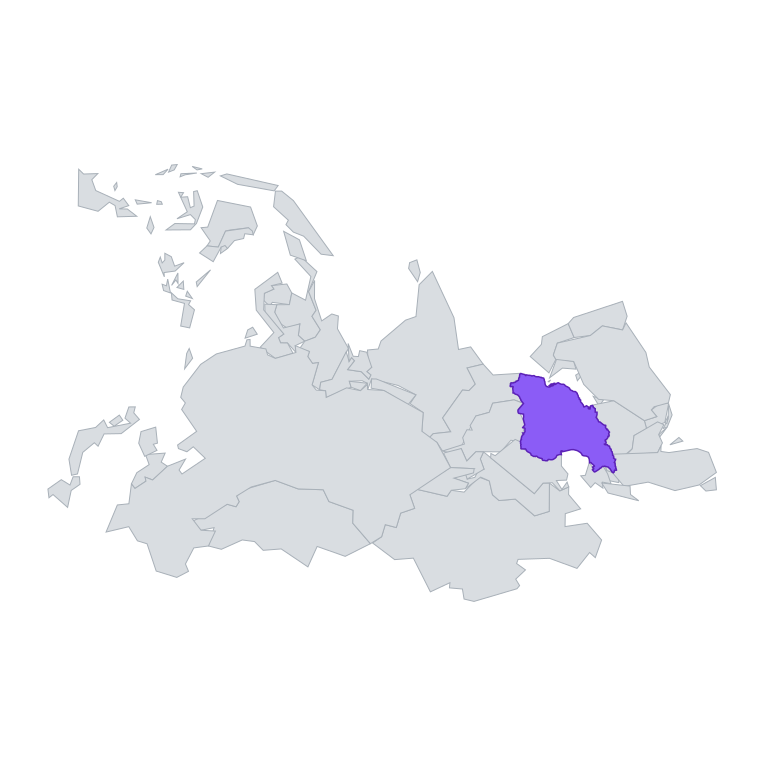 Iran on a map of Asia (Mercator projection), rotated 181°
{"feature_id": "IRN", "entity_name": "Iran", "entity_type": "country or territory", "adm_level": 0, "iso_a3": "IRN", "parent_name": "Asia", "parent_adm1": "", "projection": "mercator", "projection_center": [53.162, 32.435], "detail": "fine", "context": "in_parent", "style": "filled", "palette": "violet", "viewbox_px": 768, "rotation_deg": 181, "n_neighbors": 45, "source": "natural_earth", "source_scale": "50m", "svg_char_len": 18684}
<svg xmlns="http://www.w3.org/2000/svg" viewBox="0 0 768 768"><g transform="rotate(181 384 384)"><path d="M392.6,224.8L383.7,231.3L380.3,243.4L369.2,240.7L365.1,255.2L351.2,260.2L356.2,273.7L352.8,280.0L319.0,272.8L314.9,278.9L302.0,277.3L287.7,292.6L277.0,288.9L273.6,275.1L266.9,269.5L250.7,271.2L231.1,254.8L216.6,259.5L216.9,287.8L206.3,280.2L197.5,284.3L197.5,276.7L185.2,262.6L200.5,257.5L200.5,244.6L178.4,248.3L163.7,231.8L169.7,214.1L175.5,219.1L187.8,203.0L215.5,212.6L246.9,211.0L248.3,206.8L239.3,200.6L248.9,191.2L244.9,184.8L247.5,181.6L290.2,168.2L300.2,170.4L302.0,180.4L315.0,181.3L314.6,186.5L334.0,177.0L351.6,210.4L370.3,208.6L392.6,224.8Z" fill="#d9dde1" stroke="#a8b0b8" stroke-width="1"/><path d="M216.9,287.8L216.6,259.5L231.1,254.8L250.7,271.2L266.9,269.5L273.6,275.1L277.0,288.9L285.7,292.6L300.8,280.7L297.8,286.3L312.5,291.1L305.3,296.4L298.8,295.9L299.1,290.4L291.6,292.2L287.2,300.9L282.5,300.6L286.4,310.8L283.3,317.9L231.8,277.0L223.2,287.7L216.9,287.8Z" fill="#d9dde1" stroke="#a8b0b8" stroke-width="1"/><path d="M692.8,556.7L693.0,593.4L688.0,588.7L673.8,589.4L679.7,583.2L675.6,572.4L651.7,562.0L647.9,565.2L642.3,557.9L651.9,554.5L643.7,554.5L634.1,547.4L653.5,546.5L656.0,557.7L661.8,561.0L672.9,551.7L692.8,556.7ZM603.1,592.1L600.1,599.2L594.6,599.8L597.5,594.4L603.1,592.1ZM654.8,580.8L654.2,576.6L656.4,572.7L657.7,577.0L654.8,580.8ZM563.4,519.0L560.2,524.0L569.6,537.1L563.0,537.8L553.7,564.6L520.5,558.6L513.4,539.8L517.4,530.9L522.2,537.8L540.6,535.3L545.1,534.1L552.1,518.0L563.4,519.0ZM619.5,561.2L633.9,559.5L635.9,563.8L619.5,561.2ZM613.7,563.4L609.9,562.4L608.8,559.9L614.4,559.7L613.7,563.4ZM619.6,530.0L623.9,535.8L620.6,547.2L616.7,536.5L619.6,530.0ZM580.2,534.8L604.6,534.2L595.9,540.8L576.3,540.8L575.5,545.1L580.5,550.0L593.9,545.6L583.7,552.8L592.9,572.1L587.8,571.8L590.5,567.2L583.6,567.8L580.7,556.9L577.0,558.6L577.7,573.1L574.1,574.0L568.3,557.8L574.3,541.3L580.2,534.8ZM579.6,598.2L569.5,595.9L574.7,594.8L579.6,598.2ZM574.8,591.7L586.5,589.7L591.5,587.6L590.7,590.7L574.8,591.7ZM563.5,587.6L570.4,591.1L557.0,592.9L563.5,587.6ZM497.2,575.2L533.9,581.1L551.2,589.2L544.8,591.3L493.3,580.6L497.2,575.2ZM482.5,546.1L497.5,559.3L495.9,575.0L489.7,575.1L477.8,565.8L437.0,511.4L449.2,512.7L466.9,530.4L477.3,534.3L484.8,541.6L482.5,546.1Z" fill="#d9dde1" stroke="#a8b0b8" stroke-width="1"/><path d="M603.7,595.0L608.5,589.5L616.3,589.3L603.7,595.0Z" fill="#d9dde1" stroke="#a8b0b8" stroke-width="1"/><path d="M104.1,344.4L99.4,353.8L99.1,369.2L95.4,358.1L100.1,345.8L104.1,344.4Z" fill="#d9dde1" stroke="#a8b0b8" stroke-width="1"/><path d="M108.5,338.2L100.2,345.7L107.6,335.6L108.5,338.2Z" fill="#d9dde1" stroke="#a8b0b8" stroke-width="1"/><path d="M102.6,350.3L99.1,357.2L100.5,349.4L102.6,350.3Z" fill="#d9dde1" stroke="#a8b0b8" stroke-width="1"/><path d="M102.6,350.3L120.7,343.8L123.0,351.9L110.7,356.2L116.3,362.7L105.5,371.2L99.1,369.2L102.6,350.3Z" fill="#d9dde1" stroke="#a8b0b8" stroke-width="1"/><path d="M192.3,402.2L205.9,403.0L218.5,393.1L211.5,412.9L194.7,409.8L192.3,402.2Z" fill="#d9dde1" stroke="#a8b0b8" stroke-width="1"/><path d="M188.0,399.1L187.6,394.6L190.7,390.6L192.5,396.2L188.0,399.1Z" fill="#d9dde1" stroke="#a8b0b8" stroke-width="1"/><path d="M168.4,365.6L174.6,375.3L164.3,371.8L168.4,365.6Z" fill="#d9dde1" stroke="#a8b0b8" stroke-width="1"/><path d="M123.0,351.9L120.7,343.8L133.1,336.8L134.7,323.4L143.1,316.3L154.2,317.8L161.5,328.2L157.8,339.8L168.5,349.8L175.4,366.5L153.9,371.3L123.0,351.9Z" fill="#d9dde1" stroke="#a8b0b8" stroke-width="1"/><path d="M212.6,411.6L219.3,398.0L238.3,414.0L227.3,426.4L226.5,434.1L200.9,447.6L194.7,433.8L211.4,427.9L215.2,415.9L212.6,411.6ZM219.8,389.4L217.4,391.0L219.1,388.9L219.8,389.4Z" fill="#d9dde1" stroke="#a8b0b8" stroke-width="1"/><path d="M477.8,473.4L480.0,461.7L497.1,463.7L499.7,459.7L505.9,465.7L505.2,472.6L495.8,477.0L498.3,480.4L482.9,482.3L477.8,473.4Z" fill="#d9dde1" stroke="#a8b0b8" stroke-width="1"/><path d="M492.5,461.4L480.0,461.7L477.8,473.4L463.9,466.4L459.0,490.2L475.3,507.3L469.8,510.2L453.0,495.2L461.0,475.1L453.2,456.5L457.2,450.4L448.6,437.1L453.5,429.6L464.0,425.4L470.5,431.1L469.2,442.6L481.2,437.9L489.7,443.1L494.6,453.9L492.5,461.4Z" fill="#d9dde1" stroke="#a8b0b8" stroke-width="1"/><path d="M504.6,461.8L492.5,461.4L494.6,453.9L485.5,438.3L469.2,442.6L470.5,431.1L464.0,425.4L473.4,420.8L472.6,414.0L481.2,423.3L488.1,423.3L490.3,428.5L485.1,432.2L504.2,451.9L504.6,461.8Z" fill="#d9dde1" stroke="#a8b0b8" stroke-width="1"/><path d="M464.0,425.4L453.5,429.6L448.6,437.1L457.2,450.4L453.2,456.5L461.0,475.1L455.2,486.3L455.0,468.1L447.4,446.0L437.4,453.1L430.8,451.2L431.5,438.4L420.2,419.0L436.0,387.8L447.3,384.6L448.3,377.1L455.9,381.9L449.9,404.3L455.8,403.3L460.7,410.1L459.1,415.2L469.7,416.8L464.0,425.4Z" fill="#d9dde1" stroke="#a8b0b8" stroke-width="1"/><path d="M487.6,483.1L498.3,480.4L495.8,477.0L505.2,472.6L505.6,456.0L485.1,432.2L490.3,428.5L488.1,423.3L481.2,423.3L475.5,413.1L493.1,407.7L508.4,418.6L495.0,433.5L513.0,455.6L514.8,476.4L492.2,493.8L487.6,483.1Z" fill="#d9dde1" stroke="#a8b0b8" stroke-width="1"/><path d="M634.8,279.7L629.6,291.0L617.4,299.3L621.2,309.3L601.6,311.1L605.4,302.0L599.1,298.0L603.7,293.3L613.7,284.0L621.2,286.7L620.3,282.7L631.2,275.2L634.8,279.7Z" fill="#d9dde1" stroke="#a8b0b8" stroke-width="1"/><path d="M609.8,313.7L622.0,307.5L628.2,320.5L626.1,332.2L611.5,336.9L609.5,320.9L613.6,319.7L609.8,313.7Z" fill="#d9dde1" stroke="#a8b0b8" stroke-width="1"/><path d="M394.8,224.1L419.8,211.0L448.0,220.4L456.9,199.8L483.9,217.3L501.9,215.6L510.7,224.2L523.0,225.6L543.7,215.9L556.7,219.0L551.4,237.4L564.4,234.6L574.0,243.0L538.7,261.0L529.8,258.7L526.8,263.8L529.5,269.4L521.6,276.1L491.1,285.7L468.0,277.6L442.9,277.2L437.0,265.5L412.6,257.2L412.8,244.3L394.8,224.1Z" fill="#d9dde1" stroke="#a8b0b8" stroke-width="1"/><path d="M448.3,377.1L447.3,384.6L436.0,387.8L422.3,415.6L419.3,406.0L416.9,409.9L413.8,406.7L420.6,397.7L406.9,395.9L399.3,388.6L397.3,392.8L401.4,396.1L396.6,400.6L400.1,402.3L401.1,417.7L390.4,418.9L387.7,427.0L363.6,448.2L353.2,452.0L350.6,483.9L337.6,497.4L315.2,451.5L310.1,419.8L298.0,422.6L285.2,405.6L301.2,401.5L292.7,385.5L298.9,378.9L305.4,379.3L324.8,351.1L316.4,337.4L333.9,335.2L339.3,329.4L345.3,337.4L344.3,356.1L357.6,364.8L351.9,373.7L369.9,382.8L396.5,388.8L400.2,378.2L400.8,384.5L405.9,386.9L418.7,386.1L416.8,380.2L441.6,369.5L442.3,376.2L448.3,377.1Z" fill="#d9dde1" stroke="#a8b0b8" stroke-width="1"/><path d="M419.3,406.0L420.6,423.9L415.3,411.2L410.1,411.0L408.9,416.9L401.9,415.5L396.6,400.6L401.4,396.1L397.3,392.8L399.3,388.6L406.9,395.9L420.6,397.7L413.8,406.7L416.9,409.9L419.3,406.0Z" fill="#d9dde1" stroke="#a8b0b8" stroke-width="1"/><path d="M416.8,380.2L418.7,386.1L400.8,384.5L407.4,376.9L416.8,380.2Z" fill="#d9dde1" stroke="#a8b0b8" stroke-width="1"/><path d="M396.8,379.6L396.5,388.8L391.8,388.9L351.9,373.7L359.9,363.3L384.0,377.5L396.8,379.6Z" fill="#d9dde1" stroke="#a8b0b8" stroke-width="1"/><path d="M339.3,329.4L333.9,335.2L316.4,337.4L324.8,351.1L305.4,379.3L298.9,378.9L292.7,385.5L301.2,401.5L285.2,405.6L275.1,394.9L247.8,397.1L249.9,389.9L258.0,386.6L244.3,367.1L253.7,370.4L275.0,366.7L278.3,357.5L291.6,353.6L305.7,322.4L324.3,318.0L330.1,326.6L339.3,329.4Z" fill="#d9dde1" stroke="#a8b0b8" stroke-width="1"/><path d="M266.0,318.2L290.9,317.9L299.9,308.4L305.7,320.8L313.6,315.5L324.3,318.0L302.5,325.4L304.4,331.7L300.3,339.7L295.0,339.5L297.2,343.9L291.6,353.6L278.3,357.5L275.0,366.7L253.7,370.4L244.3,367.1L249.4,361.2L242.4,346.4L246.2,328.3L256.1,330.0L266.0,318.2Z" fill="#d9dde1" stroke="#a8b0b8" stroke-width="1"/><path d="M283.3,317.9L286.4,310.8L282.5,300.6L299.1,290.4L301.1,295.7L292.4,300.9L316.0,301.6L323.3,316.0L305.7,320.8L299.9,308.4L290.9,317.9L283.3,317.9Z" fill="#d9dde1" stroke="#a8b0b8" stroke-width="1"/><path d="M300.8,280.7L314.9,278.9L319.0,272.8L352.8,280.0L316.0,301.6L292.4,300.9L292.9,296.7L312.5,291.1L297.8,286.3L300.8,280.7Z" fill="#d9dde1" stroke="#a8b0b8" stroke-width="1"/><path d="M197.5,284.3L206.3,280.2L214.0,288.2L223.2,287.7L231.8,277.0L276.1,312.1L275.9,316.4L271.6,314.3L251.9,330.9L246.2,328.3L245.7,322.5L224.5,311.7L205.4,317.6L205.2,305.1L198.5,297.3L199.8,291.1L210.0,290.5L204.3,281.7L199.2,289.1L197.5,284.3Z" fill="#d9dde1" stroke="#a8b0b8" stroke-width="1"/><path d="M103.5,348.2L108.5,338.2L104.6,330.0L109.2,320.2L140.6,317.3L134.7,323.4L133.1,336.8L109.8,350.9L103.5,348.2Z" fill="#d9dde1" stroke="#a8b0b8" stroke-width="1"/><path d="M163.9,306.4L148.0,295.6L147.5,289.5L158.6,291.5L163.9,306.4Z" fill="#d9dde1" stroke="#a8b0b8" stroke-width="1"/><path d="M154.2,317.8L109.2,320.2L105.9,327.2L106.0,321.4L97.9,320.4L69.8,324.9L58.3,321.3L50.1,301.4L67.3,288.5L91.2,282.5L118.2,290.5L142.2,285.8L154.3,299.6L150.5,301.7L154.2,317.8ZM49.8,284.0L60.3,282.6L65.9,287.9L51.1,296.4L49.8,284.0Z" fill="#d9dde1" stroke="#a8b0b8" stroke-width="1"/><path d="M361.4,499.9L360.5,505.8L353.3,508.7L349.7,496.1L352.2,486.9L361.4,499.9Z" fill="#d9dde1" stroke="#a8b0b8" stroke-width="1"/><path d="M516.3,438.5L511.6,431.6L523.7,427.4L521.2,435.7L516.3,438.5ZM316.0,301.6L356.2,273.7L351.2,260.2L365.1,255.2L369.2,240.7L380.3,243.4L383.7,231.3L394.8,224.1L412.8,244.3L412.6,257.2L437.0,265.5L442.9,277.2L468.0,277.6L491.1,285.7L515.0,278.7L529.5,269.4L526.8,263.8L529.8,258.7L538.7,261.0L560.8,246.1L573.4,245.9L564.4,234.6L550.0,234.0L556.7,219.0L571.3,216.8L579.4,200.6L576.2,193.3L587.8,187.0L608.5,193.0L618.1,220.1L627.8,222.9L636.7,236.9L659.3,231.1L648.5,258.4L637.0,259.8L634.8,279.7L631.2,275.2L620.3,282.7L621.2,286.7L613.7,284.0L599.1,298.0L581.1,305.5L587.4,294.4L584.4,290.5L561.4,306.6L573.6,317.9L579.9,312.8L588.4,315.8L589.3,319.4L570.5,333.4L585.9,355.0L582.3,361.6L587.0,367.1L584.7,377.4L567.7,400.4L552.2,411.1L523.7,419.5L521.8,425.8L518.7,426.2L518.5,419.5L502.7,417.0L500.9,411.1L493.1,407.7L472.6,414.0L473.4,420.8L459.1,415.2L460.7,410.1L455.8,403.3L449.9,404.3L455.9,381.9L451.6,376.7L442.3,376.2L441.6,369.5L421.3,379.5L407.4,376.9L400.7,383.2L400.2,378.2L384.0,377.5L344.3,356.1L345.3,337.4L330.1,326.6L316.0,301.6Z" fill="#d9dde1" stroke="#a8b0b8" stroke-width="1"/><path d="M583.6,395.7L581.8,411.1L579.4,416.1L575.8,406.4L583.6,395.7Z" fill="#d9dde1" stroke="#a8b0b8" stroke-width="1"/><path d="M163.3,283.7L171.2,289.0L175.5,284.1L185.7,295.6L181.1,296.2L177.2,309.6L172.6,300.5L163.9,306.4L158.9,298.2L155.3,288.3L163.9,289.7L163.3,283.7ZM161.9,306.6L158.0,305.7L154.3,299.6L159.6,301.3L161.9,306.6Z" fill="#d9dde1" stroke="#a8b0b8" stroke-width="1"/><path d="M127.2,271.7L158.1,278.9L164.6,288.8L136.2,286.2L135.6,277.8L127.2,271.7Z" fill="#d9dde1" stroke="#a8b0b8" stroke-width="1"/><path d="M582.3,473.3L577.1,466.1L583.8,468.4L582.3,473.3ZM592.0,491.4L591.7,480.9L593.9,484.4L598.1,478.9L592.0,491.4ZM605.5,487.3L611.8,501.8L609.9,507.0L607.9,501.2L605.3,504.1L605.4,510.9L598.9,507.6L595.4,498.2L586.0,501.8L594.8,493.3L605.9,491.6L605.5,487.3ZM573.5,482.7L559.4,495.1L572.5,478.1L573.5,482.7ZM588.3,438.4L584.9,461.1L597.4,464.3L598.1,471.4L591.6,465.6L578.8,463.8L580.8,460.0L574.8,454.9L579.3,436.7L588.3,438.4ZM586.5,483.4L585.8,475.1L592.7,476.9L586.5,483.4ZM606.0,473.6L607.6,479.9L603.3,478.4L602.1,485.1L599.1,471.3L606.0,473.6Z" fill="#d9dde1" stroke="#a8b0b8" stroke-width="1"/><path d="M463.8,505.9L479.9,511.2L487.0,534.9L471.1,526.7L463.8,505.9ZM563.4,519.0L552.1,518.0L545.1,534.1L522.2,537.8L518.3,534.7L517.4,530.9L525.8,531.8L526.9,527.0L536.0,524.8L542.8,516.8L549.2,518.0L556.9,503.3L570.7,511.8L563.4,519.0Z" fill="#d9dde1" stroke="#a8b0b8" stroke-width="1"/><path d="M549.8,511.6L549.2,518.0L545.4,519.7L542.8,516.8L549.8,511.6Z" fill="#d9dde1" stroke="#a8b0b8" stroke-width="1"/><path d="M697.7,303.4L688.6,331.9L671.6,335.5L663.6,343.2L659.6,335.5L636.7,340.4L642.4,345.3L638.7,356.6L632.3,356.8L633.7,350.8L627.9,344.3L645.9,329.8L663.0,329.2L668.8,316.8L672.6,320.2L684.0,310.4L688.9,288.7L694.8,287.3L697.7,303.4ZM713.0,267.7L717.0,264.4L718.2,273.1L705.0,282.7L696.2,277.5L693.2,285.8L686.9,285.9L686.2,278.4L694.9,272.1L698.2,255.1L713.0,267.7ZM644.5,343.2L653.1,337.1L657.9,340.9L648.1,348.3L644.5,343.2Z" fill="#d9dde1" stroke="#a8b0b8" stroke-width="1"/><path d="M194.7,433.8L200.9,447.6L195.6,453.8L147.0,470.8L142.1,456.0L146.4,442.2L166.7,445.9L178.5,436.1L194.7,433.8Z" fill="#d9dde1" stroke="#a8b0b8" stroke-width="1"/><path d="M99.3,370.1L113.5,366.0L116.3,362.7L110.7,356.2L123.0,351.9L153.9,371.3L169.2,372.4L184.3,387.1L194.7,409.8L212.6,411.6L215.2,415.9L211.4,427.9L178.5,436.1L166.7,445.9L146.4,442.2L143.1,449.4L122.7,420.1L119.1,405.6L97.5,378.4L99.3,370.1Z" fill="#d9dde1" stroke="#a8b0b8" stroke-width="1"/><path d="M97.1,328.2L88.2,335.7L84.2,332.1L97.1,328.2Z" fill="#d9dde1" stroke="#a8b0b8" stroke-width="1"/><path d="M205.4,316.5L206.9,316.6L207.5,316.5L209.1,315.9L209.4,315.8L209.8,315.7L210.0,315.4L210.6,313.9L210.9,313.5L211.9,312.6L213.6,311.5L214.7,311.2L216.2,311.2L217.3,311.4L218.3,311.4L218.6,311.3L218.7,311.2L218.9,310.5L219.1,310.3L219.5,310.1L220.8,310.1L221.4,310.1L222.1,310.4L223.7,310.4L224.1,310.6L224.4,311.0L224.5,311.3L224.5,312.0L225.0,312.3L225.6,312.4L226.6,312.6L228.1,313.1L228.8,313.4L229.7,314.3L230.4,314.5L230.7,314.5L231.3,314.1L231.9,314.4L232.8,314.1L233.5,314.4L235.2,315.3L235.4,315.3L235.5,315.4L235.8,315.8L235.9,316.6L236.4,317.2L237.0,317.7L239.1,318.7L239.8,319.2L241.3,321.5L245.7,321.5L246.0,321.9L245.9,322.9L246.0,323.9L246.2,324.6L246.2,325.2L246.1,325.6L245.9,326.1L246.2,326.3L246.4,326.8L246.5,327.6L246.3,328.0L246.4,328.3L246.5,328.5L246.6,329.0L246.6,329.3L246.4,329.5L246.1,330.3L246.1,330.7L245.6,330.9L245.6,331.4L245.9,332.2L245.4,333.3L245.5,333.8L244.8,334.8L244.8,335.2L243.9,335.8L243.6,335.9L243.5,336.1L243.6,336.3L244.4,337.4L243.0,337.5L242.2,338.9L242.4,340.7L242.2,341.5L242.3,342.0L242.6,342.4L243.1,342.5L243.9,342.6L244.5,342.7L244.6,342.9L243.5,344.1L242.6,345.4L242.6,345.9L242.7,346.3L244.1,351.3L244.1,351.8L243.9,353.0L243.8,353.7L243.9,354.7L243.9,355.2L244.0,356.3L248.7,357.0L249.3,357.6L249.6,359.0L249.6,360.1L249.4,360.6L244.2,366.9L246.8,370.0L246.9,370.3L246.9,370.7L247.9,372.4L248.2,373.3L248.5,373.8L250.0,375.3L250.8,375.7L251.4,375.8L252.6,376.2L253.1,376.5L253.8,377.3L254.6,377.2L254.8,377.2L254.9,377.3L254.9,377.5L254.8,378.8L255.0,380.1L255.2,382.0L254.9,382.9L254.8,383.4L254.9,383.5L255.2,383.7L255.7,383.7L257.2,383.5L257.7,383.8L257.9,384.2L257.9,384.3L257.6,384.6L257.5,385.1L257.6,385.9L257.6,386.0L257.3,386.1L257.2,387.2L257.1,387.3L256.7,387.4L255.0,387.3L254.8,387.4L254.2,387.7L253.1,387.9L252.8,388.0L252.4,388.3L252.1,388.7L252.0,389.1L251.3,389.1L251.1,389.4L249.7,390.0L249.6,390.3L249.3,392.3L248.8,392.8L248.7,392.9L248.8,393.3L248.6,393.9L248.5,395.8L248.3,396.3L248.0,396.4L247.8,396.6L247.3,396.9L245.6,396.4L243.1,395.8L242.9,395.5L242.7,395.0L242.3,394.9L241.7,395.6L239.6,395.2L238.9,395.3L238.4,395.1L237.3,395.1L236.4,394.6L235.1,394.9L234.1,395.0L232.7,394.1L231.2,393.9L230.0,394.0L229.4,393.9L228.4,393.6L227.9,393.3L227.1,393.5L226.7,393.1L224.5,392.7L223.8,391.1L223.8,390.4L223.2,389.0L223.0,387.1L222.8,386.4L222.5,385.7L222.1,385.1L221.6,384.5L221.1,384.3L219.0,383.8L218.6,383.9L217.7,384.2L216.7,384.9L215.1,385.2L214.8,385.5L214.4,386.2L213.8,386.5L213.1,386.5L212.3,386.8L210.9,387.9L210.1,388.2L209.5,388.2L208.8,387.7L207.2,387.0L206.2,386.8L204.9,386.9L204.2,386.8L203.1,386.0L202.8,385.5L202.2,385.1L200.2,384.2L198.5,383.1L198.2,382.6L198.0,382.0L197.3,381.2L195.7,380.6L194.8,379.9L193.8,379.8L192.8,379.8L192.4,379.7L192.0,379.4L190.6,378.0L190.6,377.4L189.8,376.0L189.6,375.5L189.4,374.2L189.2,373.8L188.3,373.3L188.2,372.9L188.4,372.4L188.4,372.0L187.9,371.7L187.2,371.5L187.1,371.1L187.2,370.2L187.1,369.7L186.5,368.9L185.6,368.1L184.8,366.8L184.4,366.5L183.9,364.7L183.4,364.6L181.0,365.8L180.3,365.2L178.2,364.0L177.9,363.6L178.1,363.4L178.4,363.4L178.9,363.6L179.3,363.3L179.1,362.9L178.6,362.7L177.9,362.7L178.1,363.1L177.4,363.4L177.3,363.9L177.4,365.2L177.1,365.6L176.9,365.8L176.0,365.8L175.6,366.2L175.3,366.2L174.7,365.8L174.5,365.3L174.4,365.0L174.5,364.8L174.4,364.5L174.1,364.1L173.8,364.0L173.5,363.9L173.3,363.7L173.1,363.3L172.6,363.0L172.4,363.0L172.3,359.6L170.5,359.5L170.5,356.9L171.3,354.3L170.0,352.4L169.5,351.9L168.8,350.1L168.5,349.9L168.3,349.8L167.4,349.8L164.3,347.4L163.2,346.8L162.7,346.6L161.7,346.6L161.5,346.1L161.5,345.7L161.9,345.1L161.9,344.8L161.2,343.5L161.0,343.2L160.4,343.0L160.5,342.6L160.5,342.4L160.4,342.2L160.1,342.1L159.6,342.3L158.1,340.1L157.8,339.9L157.7,339.8L158.4,338.6L158.5,338.1L158.4,337.7L157.9,336.8L158.3,336.0L158.3,335.6L159.0,335.7L159.2,335.4L159.2,334.5L159.3,334.2L160.6,332.6L161.8,331.9L161.9,331.5L161.7,330.9L161.7,330.6L161.1,329.9L160.9,329.5L160.9,329.2L161.0,328.6L161.3,328.2L162.1,327.9L162.5,327.7L162.0,327.2L160.7,327.1L159.8,327.2L159.5,327.1L159.1,326.4L158.6,326.1L158.2,325.9L157.8,325.9L157.5,325.8L156.8,323.5L156.6,323.2L156.1,323.1L155.8,322.7L155.7,322.3L155.7,321.3L155.6,321.1L155.4,320.8L154.8,320.4L154.4,318.5L154.2,318.0L154.1,317.4L154.3,317.1L154.3,316.9L153.9,316.5L153.1,315.9L153.1,315.0L152.9,314.3L153.2,314.0L153.0,313.7L152.1,313.1L151.8,312.8L151.1,312.8L151.1,312.6L151.2,312.1L151.4,311.6L151.7,311.1L151.8,310.9L152.0,310.1L152.4,309.6L152.3,309.4L151.7,309.2L151.5,308.9L151.6,307.9L151.3,306.9L151.4,305.9L151.2,305.7L150.8,305.2L150.7,304.8L150.8,304.3L150.9,303.7L150.3,303.2L150.2,302.5L150.0,302.0L150.1,301.9L150.6,301.8L151.8,301.9L152.1,301.7L152.4,299.9L152.8,299.5L153.2,299.2L154.3,300.0L154.5,300.0L155.5,301.7L155.9,302.1L156.1,302.5L156.3,302.9L156.5,303.2L156.9,303.3L157.4,303.8L158.2,304.7L158.7,304.9L162.0,305.7L162.9,305.4L164.2,305.4L165.8,303.7L166.6,303.5L167.0,302.9L167.7,302.3L168.6,301.7L171.0,300.1L171.7,299.8L172.2,299.8L173.8,301.5L174.1,301.9L173.7,302.2L173.0,302.5L172.9,302.7L172.9,303.0L172.9,303.3L173.0,303.5L173.8,304.0L173.9,304.3L173.9,304.6L173.8,304.8L173.6,304.9L172.6,305.2L172.2,305.6L172.3,305.8L172.4,306.1L173.4,306.7L173.7,307.3L174.0,307.5L174.4,307.6L174.6,307.7L175.6,309.0L175.8,309.1L177.1,308.8L177.3,310.9L177.4,311.8L177.6,312.7L178.3,314.3L178.8,314.7L180.0,315.3L180.5,315.5L181.9,315.6L183.4,315.8L184.2,316.1L184.5,316.3L184.7,316.6L185.4,317.9L186.4,318.9L188.7,320.3L189.7,320.8L193.3,321.7L195.7,321.6L202.3,319.9L204.6,319.4L205.4,319.4L204.9,319.8L204.1,320.0L204.6,320.2L205.7,320.2L205.9,320.0L206.0,319.7L205.4,316.5ZM218.1,385.6L217.6,386.4L216.8,387.0L216.5,386.8L216.2,386.8L215.6,387.0L215.2,387.1L214.5,387.5L213.8,387.7L213.2,387.7L213.1,387.4L213.4,387.3L214.4,386.9L215.7,386.3L215.8,386.0L215.6,385.5L215.7,385.4L216.5,385.7L217.5,385.2L218.2,385.1L218.6,385.4L218.1,385.6Z" fill="#8b5cf6" stroke="#5b21b6" stroke-width="1.5"/></g></svg>